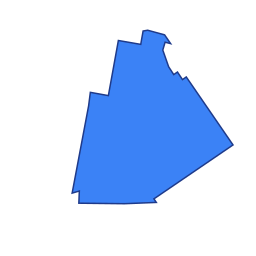 the district of Pulaski, Georgia, United States of America, rotated 235°
{"feature_id": "52423323B9618311815094", "entity_name": "Pulaski", "entity_type": "district", "adm_level": 2, "iso_a3": "USA", "parent_name": "United States of America", "parent_adm1": "Georgia", "projection": "orthographic", "projection_center": [-83.432, 32.254], "detail": "fine", "context": "isolated", "style": "filled", "palette": "blue", "viewbox_px": 256, "rotation_deg": 235, "n_neighbors": 0, "source": "geoboundaries", "source_scale": "gbopen_adm2", "svg_char_len": 449}
<svg xmlns="http://www.w3.org/2000/svg" viewBox="0 0 256 256"><g transform="rotate(235 128 128)"><path d="M50.8,108.5L55.1,108.6L53.9,204.3L136.4,205.0L136.4,200.4L145.5,200.6L145.5,196.1L154.8,196.4L171.9,201.2L177.0,207.6L172.7,211.3L183.3,211.4L196.8,200.2L198.8,196.0L189.2,186.4L205.2,170.3L165.8,130.5L178.8,117.6L168.7,108.4L106.7,44.9L104.3,52.0L94.6,44.6L68.0,81.7L50.8,108.5Z" fill="#3b82f6" stroke="#1e3a8a" stroke-width="1.5"/></g></svg>